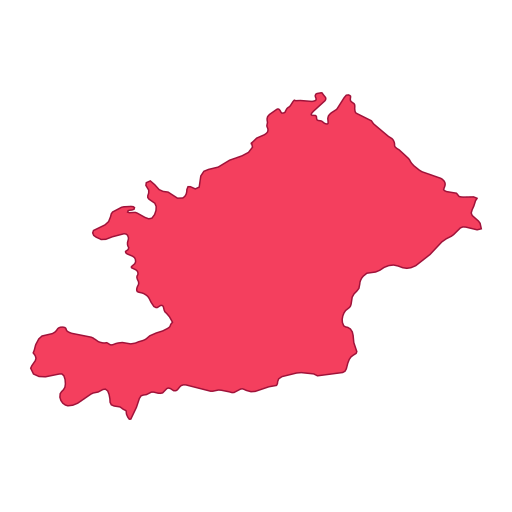 the border of Osh
{"feature_id": "KGZ-1122", "entity_name": "Osh", "entity_type": "Region", "adm_level": 1, "iso_a3": "KGZ", "parent_name": "Kyrgyzstan", "parent_adm1": "", "projection": "natural_earth1", "projection_center": [73.025, 40.164], "detail": "fine", "context": "isolated", "style": "filled", "palette": "rose", "viewbox_px": 512, "rotation_deg": 0, "n_neighbors": 0, "source": "natural_earth", "source_scale": "10m", "svg_char_len": 5870}
<svg xmlns="http://www.w3.org/2000/svg" viewBox="0 0 512 512"><path d="M477.1,198.4L475.5,200.7L475.0,202.4L474.8,203.0L473.8,206.1L472.2,209.6L471.2,213.0L472.2,215.5L478.5,221.1L480.1,223.3L481.3,228.8L477.1,229.8L465.9,227.1L462.9,226.9L460.4,227.9L453.6,234.6L451.4,236.2L446.2,238.8L441.7,242.0L430.0,254.5L415.7,265.7L410.9,267.7L406.8,268.3L402.7,267.7L398.1,266.0L393.5,265.0L388.7,265.6L384.1,267.4L379.9,270.2L375.6,272.0L366.9,273.2L363.3,276.1L361.9,277.8L360.8,279.8L360.0,282.0L359.7,284.4L358.9,288.4L356.7,291.2L354.1,293.8L352.2,297.1L351.1,304.1L350.5,306.0L349.5,307.4L345.6,310.5L344.0,312.9L342.8,315.9L342.2,319.2L342.4,322.5L343.7,325.8L345.5,326.9L347.8,327.4L350.4,329.0L352.3,331.9L353.1,335.4L353.8,342.6L356.8,351.6L356.1,353.4L353.2,355.2L351.0,356.9L349.3,359.3L347.8,363.1L346.3,368.9L345.0,371.2L342.7,372.5L317.5,375.8L313.7,373.9L301.3,372.6L296.6,373.0L282.0,376.6L278.7,378.8L277.7,381.4L277.4,383.7L276.5,385.4L268.8,386.8L255.2,391.4L251.0,391.7L246.3,390.4L243.9,389.3L242.3,388.8L240.5,389.1L234.0,392.5L232.0,392.6L229.6,391.9L221.2,390.2L218.5,390.0L212.7,391.2L210.6,391.2L185.9,384.9L183.6,384.8L181.3,385.5L179.9,386.7L177.4,389.8L175.9,390.7L173.7,390.7L170.3,388.5L168.3,388.0L166.8,388.6L162.6,392.9L160.4,393.3L158.1,393.2L153.7,392.1L151.4,392.1L146.4,394.6L143.5,395.0L141.1,395.8L139.4,398.4L136.4,407.4L130.8,419.1L129.3,419.2L127.9,417.3L126.6,414.5L126.3,412.9L126.3,411.6L125.9,410.6L123.1,409.2L121.0,407.6L119.9,406.9L114.1,406.0L111.3,404.8L110.1,402.3L109.9,398.8L109.1,394.5L107.7,390.9L105.4,389.1L102.9,389.5L98.2,392.0L93.2,393.0L90.9,394.1L77.7,403.2L72.8,405.2L67.8,405.8L65.3,405.0L62.8,403.2L60.9,400.5L59.9,397.2L60.2,393.7L61.6,391.6L63.4,389.8L64.9,387.3L65.4,384.0L65.1,379.6L63.9,375.8L61.8,373.9L59.2,374.0L45.5,376.8L39.0,376.5L33.5,374.0L30.7,368.2L31.9,365.6L35.3,360.7L36.0,358.2L35.2,355.6L33.3,353.0L33.2,352.9L34.3,350.1L35.5,345.4L35.9,344.3L38.8,338.9L42.0,336.0L52.4,333.6L54.8,332.2L56.4,330.6L57.8,328.6L58.9,327.8L60.5,327.2L62.9,327.1L64.8,327.5L65.8,328.3L66.6,330.5L67.6,331.5L69.5,332.5L71.6,333.3L91.2,337.2L93.3,338.1L94.1,338.8L95.2,339.4L98.1,341.5L99.8,342.2L102.7,342.9L104.7,343.0L106.7,342.7L107.7,343.2L110.3,344.8L111.7,344.9L113.1,344.6L116.0,343.5L118.1,343.0L122.3,342.5L130.7,343.9L135.4,343.1L138.5,341.8L142.7,340.6L144.7,339.8L146.3,338.8L149.8,335.8L156.2,333.0L162.8,330.9L167.5,328.5L168.7,327.7L169.6,327.0L170.1,326.2L170.8,324.3L172.5,322.2L169.5,316.8L166.6,313.4L164.9,311.8L164.2,310.2L163.3,306.6L162.5,305.6L161.1,305.3L159.8,305.9L157.4,307.5L156.1,307.6L153.9,306.5L151.1,302.3L149.1,298.3L147.7,296.3L146.2,295.1L144.0,293.7L142.2,293.0L138.7,292.2L137.3,291.6L136.8,290.6L136.7,289.4L136.9,288.1L137.5,286.4L138.3,285.0L138.7,283.4L138.5,281.7L137.3,279.1L136.9,277.5L137.0,276.1L137.7,275.0L138.0,273.9L137.8,272.1L137.1,270.9L135.8,269.8L131.6,267.8L131.3,267.0L131.8,266.3L134.7,263.8L135.6,261.9L135.4,259.4L134.5,257.6L132.6,256.2L127.1,253.9L125.8,252.8L125.5,251.7L126.1,250.9L127.4,250.2L128.3,249.2L128.7,247.6L127.8,245.8L127.5,244.4L127.5,242.6L128.3,239.5L128.5,237.9L127.6,235.3L126.2,234.1L124.1,233.7L112.3,236.8L105.8,239.3L101.1,239.5L100.0,238.9L96.2,237.2L93.7,235.4L92.7,232.9L93.5,230.5L105.0,224.9L108.6,221.6L110.5,216.9L111.3,213.8L112.6,212.0L121.5,207.3L123.7,206.8L129.8,206.5L130.8,206.4L133.3,206.7L134.5,207.6L134.0,209.3L132.0,210.0L129.8,210.2L128.2,210.6L127.6,212.1L129.2,212.7L135.3,212.4L137.2,213.1L145.1,217.5L148.7,218.8L151.9,218.2L154.6,214.6L156.0,210.4L156.2,206.5L155.4,204.6L154.8,203.2L149.0,199.2L147.8,197.6L147.8,195.8L148.7,193.0L148.7,190.1L145.9,185.4L146.3,182.7L150.3,180.9L154.7,184.7L159.1,189.6L163.0,191.4L168.1,192.1L177.5,198.2L182.8,198.0L184.8,196.4L186.1,194.3L186.7,192.0L186.9,189.5L188.0,186.7L190.4,186.7L195.3,188.9L199.2,187.1L200.8,176.0L203.9,171.3L208.6,169.4L218.2,167.1L229.6,160.2L242.1,155.8L248.5,152.4L252.5,147.2L251.8,143.9L250.7,143.6L250.8,143.6L253.1,141.6L256.7,138.1L264.5,134.7L266.3,133.4L267.5,132.1L267.8,131.0L268.0,130.0L267.9,129.1L267.6,128.0L267.2,127.1L266.9,126.2L266.9,125.4L267.3,123.5L267.5,122.5L267.1,120.0L267.1,118.6L267.6,116.7L268.6,115.4L269.7,114.3L276.7,109.4L277.5,109.0L278.3,109.0L279.0,109.3L279.7,110.0L280.3,110.9L281.1,112.4L281.5,112.8L281.9,113.1L282.8,113.1L283.8,112.9L284.9,112.4L286.1,110.0L287.0,108.5L288.0,107.6L289.6,106.6L290.5,105.5L293.0,101.6L293.8,100.7L294.3,100.2L295.1,100.5L295.8,100.7L300.3,100.5L311.6,101.4L313.0,101.3L315.0,100.7L315.7,100.3L316.1,99.6L316.1,99.0L316.0,98.3L315.7,97.6L315.4,96.8L315.2,95.8L315.7,94.4L316.2,93.9L317.1,93.5L321.1,92.8L321.9,92.8L322.3,93.3L323.3,94.7L325.0,96.8L325.4,97.3L325.7,97.9L325.8,98.7L325.6,99.7L324.9,100.8L313.7,111.0L312.1,112.7L311.5,113.6L311.2,114.4L311.4,114.9L312.0,115.3L315.4,115.5L316.0,115.9L316.4,116.5L316.5,117.4L316.6,118.4L316.8,119.4L317.3,120.1L318.3,120.5L320.6,120.8L321.5,121.1L322.2,121.5L323.8,122.8L324.9,123.5L326.7,124.0L327.5,123.9L328.0,123.5L328.1,122.8L328.1,121.9L327.9,119.7L327.8,118.4L328.1,117.1L328.5,115.8L329.7,114.3L331.2,112.9L336.3,109.6L337.1,108.8L344.2,97.6L346.3,95.2L348.5,94.9L349.8,95.5L350.5,96.1L350.6,96.9L350.3,99.2L350.5,100.7L351.3,101.7L354.1,103.7L354.7,104.9L354.8,106.5L354.7,108.7L355.0,111.2L355.5,112.4L356.2,113.2L371.4,120.8L373.2,123.4L373.8,124.1L388.4,136.4L391.8,138.5L392.7,139.4L393.4,140.4L394.2,142.2L394.5,143.5L394.6,145.6L394.8,146.5L395.5,147.3L396.9,148.5L399.1,149.8L404.1,154.4L408.5,158.5L409.5,159.8L410.7,162.0L411.6,163.3L413.9,165.8L419.4,170.2L422.1,171.8L440.7,178.3L442.1,179.1L443.9,180.8L444.6,182.0L445.0,183.0L445.1,183.9L445.1,184.9L444.9,185.8L444.6,186.8L444.2,187.7L443.6,189.7L444.6,190.7L446.6,191.6L456.4,193.2L457.4,194.3L458.6,195.9L459.2,196.5L460.9,196.9L463.2,197.1L473.6,196.9L477.1,198.3L477.1,198.4Z" fill="#f43f5e" stroke="#9f1239" stroke-width="1.5"/></svg>